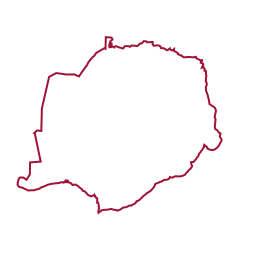 San Juan Tabaá, Oaxaca, Mexico, rotated 194°
{"feature_id": "50627088B48503971747263", "entity_name": "San Juan Tabaá", "entity_type": "district", "adm_level": 2, "iso_a3": "MEX", "parent_name": "Mexico", "parent_adm1": "Oaxaca", "projection": "robinson", "projection_center": [-96.222, 17.319], "detail": "fine", "context": "isolated", "style": "outline", "palette": "rose", "viewbox_px": 256, "rotation_deg": 194, "n_neighbors": 0, "source": "geoboundaries", "source_scale": "gbopen_adm2", "svg_char_len": 3439}
<svg xmlns="http://www.w3.org/2000/svg" viewBox="0 0 256 256"><g transform="rotate(194 128 128)"><path d="M221.4,46.1L219.5,44.5L215.1,44.5L214.3,44.1L211.2,43.6L209.8,43.2L205.7,44.5L204.3,44.7L202.2,46.2L201.4,46.4L200.4,46.9L198.5,48.5L197.6,49.6L195.1,51.1L192.1,53.6L188.2,55.5L185.5,56.6L181.6,57.9L180.8,58.4L180.5,58.7L180.0,59.1L179.4,59.4L177.6,59.3L177.0,59.7L177.1,59.9L175.3,60.4L175.6,60.9L174.8,60.8L175.1,61.5L174.3,61.3L174.5,61.8L172.8,61.2L172.9,61.6L172.0,60.9L170.2,60.7L167.9,59.2L166.6,59.9L166.2,60.2L164.9,60.4L164.0,60.0L162.7,59.7L160.3,58.4L157.9,57.5L156.8,56.1L154.9,56.1L152.9,55.0L151.6,54.0L150.8,53.5L148.2,52.8L147.0,52.8L144.8,54.7L143.7,53.8L143.8,54.4L142.0,52.6L140.8,52.3L140.0,48.8L139.8,49.1L139.4,48.7L138.6,47.8L137.5,45.7L137.5,44.7L137.1,44.2L136.7,43.2L136.6,39.5L136.1,38.6L134.7,40.4L134.1,41.0L133.4,41.8L133.3,42.1L127.4,44.1L124.8,45.4L122.3,45.2L119.6,45.6L118.6,45.1L115.7,47.0L113.6,49.5L110.3,50.9L107.9,53.1L105.8,53.7L105.3,54.3L104.2,55.4L103.2,56.2L102.2,57.7L102.1,58.8L102.0,59.0L100.3,60.1L99.3,61.3L98.3,62.9L96.6,65.8L95.0,67.7L94.3,69.0L93.4,69.8L91.0,72.3L90.6,72.9L88.4,77.2L87.9,80.5L86.9,81.2L85.7,81.9L83.9,83.5L82.6,84.1L81.5,85.1L80.9,86.1L80.7,86.3L79.2,86.7L77.3,87.5L77.0,87.7L75.8,88.9L75.5,90.6L74.3,90.4L72.9,90.6L70.5,92.6L67.1,93.3L66.4,93.4L63.6,94.7L61.3,96.6L60.7,98.3L59.3,100.3L59.0,101.5L57.8,103.2L56.9,105.0L56.5,106.5L57.5,107.7L57.9,108.6L58.6,110.0L57.7,110.4L56.2,110.9L54.9,113.5L54.4,114.4L53.7,116.4L53.2,117.2L53.0,118.0L52.9,119.0L52.8,120.3L52.0,121.7L49.7,127.6L50.0,128.2L50.0,129.9L50.0,130.1L46.6,128.5L46.0,127.2L44.6,126.9L41.0,126.9L38.8,128.0L36.6,130.7L35.5,133.1L34.2,138.4L34.5,139.7L36.3,141.1L36.9,142.2L36.9,143.3L36.9,145.0L38.7,145.5L41.0,147.5L43.1,148.1L44.0,149.9L44.2,151.0L44.5,152.2L44.6,154.5L45.0,156.0L45.1,157.4L45.8,158.5L46.5,159.5L46.6,160.7L46.7,162.8L46.8,165.8L47.4,167.0L48.7,168.8L54.7,170.9L56.3,174.7L59.0,179.8L61.4,183.3L62.4,186.7L62.0,188.4L62.5,190.7L63.9,192.1L63.8,193.3L64.6,195.2L64.4,197.0L65.4,199.2L66.0,202.0L66.8,202.2L67.7,202.1L67.8,203.8L69.1,204.6L69.6,205.6L70.8,204.6L70.3,207.8L70.8,208.6L73.2,208.9L73.2,209.9L72.3,211.2L72.6,211.8L74.3,211.2L78.2,212.2L79.3,212.7L79.4,213.4L82.1,212.3L85.5,211.8L90.8,210.1L93.5,210.9L93.5,211.2L97.5,211.7L97.8,212.8L102.1,214.0L102.4,215.7L103.8,213.9L106.3,214.5L106.7,215.3L108.4,213.2L109.2,212.9L112.4,214.0L115.5,213.6L116.3,215.0L117.7,215.5L119.9,215.2L122.8,214.0L124.3,215.0L124.8,217.4L125.4,217.3L129.3,216.0L130.2,215.8L131.3,216.5L133.7,216.1L135.0,213.6L136.9,212.6L138.1,210.6L138.9,209.7L140.2,209.6L141.2,209.6L143.4,209.0L144.2,209.1L145.8,207.2L146.1,207.2L146.9,207.6L150.5,206.8L151.0,206.4L151.6,204.7L152.3,203.8L153.9,204.1L155.5,204.0L159.6,204.5L160.5,203.7L161.0,202.8L161.4,203.1L162.3,203.2L162.9,203.2L163.9,202.4L164.5,202.2L165.2,202.8L165.7,202.3L166.0,203.7L164.1,204.0L163.9,204.7L164.5,206.0L166.2,204.9L166.1,208.0L164.4,210.1L165.8,211.7L171.5,210.8L169.0,199.4L170.2,199.7L175.3,194.8L177.1,192.9L178.2,189.9L178.4,189.4L179.0,188.9L179.9,187.4L181.5,184.1L182.3,182.4L183.0,179.1L186.5,170.5L188.0,166.2L193.1,167.0L196.1,166.2L201.5,164.8L203.2,164.8L211.0,163.9L216.9,158.5L216.3,126.2L211.4,104.2L215.7,103.6L217.7,100.6L217.3,100.6L204.6,74.3L214.7,70.9L212.0,59.1L214.0,53.2L217.5,54.6L220.8,53.8L221.7,52.3L221.7,51.0L221.8,48.5L221.4,46.1Z" fill="none" stroke="#9f1239" stroke-width="2"/></g></svg>